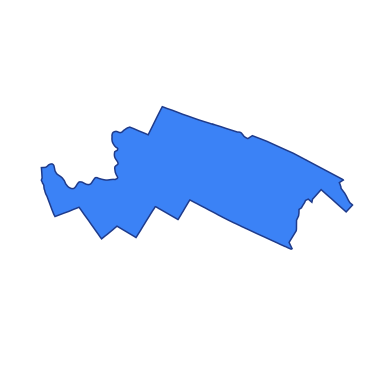 the district of Giuvarasti, Olt, Romania, rotated 41°
{"feature_id": "2599482B24226861193940", "entity_name": "Giuvarasti", "entity_type": "district", "adm_level": 2, "iso_a3": "ROU", "parent_name": "Romania", "parent_adm1": "Olt", "projection": "albers", "projection_center": [24.689, 43.784], "detail": "fine", "context": "isolated", "style": "filled", "palette": "blue", "viewbox_px": 384, "rotation_deg": 41, "n_neighbors": 0, "source": "geoboundaries", "source_scale": "gbopen_adm2", "svg_char_len": 4849}
<svg xmlns="http://www.w3.org/2000/svg" viewBox="0 0 384 384"><g transform="rotate(41 192 192)"><path d="M304.3,170.1L304.7,169.1L298.4,166.4L298.3,166.2L296.1,152.9L295.2,151.5L289.4,144.7L289.3,144.3L288.1,140.1L286.6,137.8L284.2,134.9L285.0,132.1L284.8,131.5L284.5,129.8L284.3,128.8L284.3,128.6L283.9,126.0L283.2,123.9L284.4,121.1L289.2,121.1L289.1,120.9L287.7,118.4L287.8,113.9L287.9,105.5L294.7,105.6L302.3,105.6L305.9,105.7L313.0,105.8L321.4,105.9L321.6,99.8L321.7,96.5L321.0,96.4L320.0,96.5L319.3,96.5L319.0,96.5L318.1,96.5L317.5,96.3L316.3,95.9L314.8,95.4L313.2,94.7L311.3,93.9L310.8,93.7L307.9,92.7L306.5,92.4L306.4,92.4L305.8,92.3L305.2,92.1L302.2,91.5L301.4,90.8L301.1,90.6L300.8,90.3L300.2,90.0L299.7,89.7L298.7,89.1L297.5,88.5L297.1,88.4L297.3,87.1L297.4,86.9L298.2,84.1L298.4,83.7L298.2,83.6L297.5,83.7L297.3,83.7L243.0,96.3L234.2,99.0L217.7,103.9L215.3,104.6L209.4,106.7L200.6,109.9L200.0,112.0L199.7,112.9L199.4,114.2L199.3,114.6L199.1,114.9L198.8,115.2L198.3,115.3L197.2,115.6L195.9,115.8L195.0,115.9L194.2,115.8L193.5,115.6L190.6,115.1L189.7,115.2L189.1,115.4L188.2,115.9L187.4,116.6L186.9,117.0L186.6,117.1L181.5,119.3L176.2,121.6L170.8,123.8L165.4,126.2L163.3,127.0L163.5,127.2L160.4,128.5L155.2,130.8L149.9,133.1L144.6,135.2L139.2,137.3L134.1,139.4L128.8,141.3L123.8,143.1L118.5,145.3L115.4,146.4L113.6,147.1L113.9,148.3L114.2,149.7L114.7,151.7L116.3,158.1L117.8,163.8L119.3,169.5L121.4,177.6L118.7,178.4L111.7,180.8L106.2,182.5L103.2,183.6L102.5,183.8L101.2,186.0L100.7,187.6L100.3,189.3L100.1,189.9L100.0,190.5L99.9,192.2L99.6,193.3L98.9,194.3L97.8,194.9L96.2,195.4L95.3,195.8L94.3,196.7L93.7,197.8L93.4,198.6L93.4,199.7L93.7,200.4L94.3,201.6L95.6,203.0L96.7,204.4L97.6,205.3L98.4,206.0L99.7,206.8L101.9,207.6L103.6,208.0L105.3,208.1L106.7,207.8L107.4,207.9L107.9,208.6L108.2,209.3L108.2,209.8L107.7,210.9L107.4,211.8L107.3,212.4L108.1,213.7L109.1,215.0L110.5,216.2L112.1,217.0L115.1,217.8L116.4,218.2L117.4,218.9L117.8,219.6L117.6,221.0L117.3,222.3L117.3,223.5L118.0,224.7L119.7,226.2L121.1,227.4L123.6,228.7L125.4,229.3L126.5,229.9L126.7,230.7L126.5,231.4L126.0,232.4L125.9,232.9L124.2,234.2L122.3,236.2L121.3,237.4L120.1,238.7L119.0,239.6L117.7,240.4L115.5,241.6L112.7,242.9L110.8,243.5L109.9,244.3L109.6,244.9L109.6,246.0L109.9,248.9L110.2,250.9L110.2,252.4L109.8,253.3L109.2,254.2L107.9,255.1L106.9,255.6L104.9,256.1L102.7,256.6L101.8,257.1L100.7,257.9L100.2,258.6L100.1,259.4L100.2,261.2L100.7,264.2L100.7,265.9L100.4,266.9L99.9,267.6L98.8,268.4L98.0,268.8L97.0,269.0L96.0,269.3L94.4,269.3L91.3,268.7L88.2,267.2L84.9,266.5L82.9,266.5L81.4,266.7L80.0,266.9L78.1,267.0L76.9,266.7L74.7,265.9L72.8,264.4L70.6,262.8L69.5,262.4L68.2,262.5L67.5,263.0L66.7,264.0L66.0,265.7L65.9,267.5L65.4,269.3L64.5,270.3L62.3,272.4L66.2,276.2L69.8,279.9L70.1,281.0L70.6,282.0L72.7,282.9L73.4,283.4L74.1,283.5L75.8,284.2L76.1,284.5L77.1,285.5L78.1,286.4L78.8,286.9L80.0,287.5L80.7,288.1L82.9,289.4L85.4,290.4L91.3,293.6L97.3,296.9L102.1,299.4L103.4,299.9L104.7,300.4L109.2,292.0L111.8,287.4L113.9,283.0L116.2,278.7L116.7,277.7L116.8,277.6L121.4,278.7L125.3,279.7L129.3,280.6L133.2,281.5L137.0,282.5L140.8,283.4L144.8,284.4L148.7,285.3L152.6,286.3L154.5,286.7L154.9,284.4L155.3,282.0L155.8,279.6L156.2,277.2L156.6,274.8L157.0,272.4L157.3,270.1L157.7,267.8L157.8,267.0L178.2,263.3L178.6,263.3L179.3,263.1L179.6,263.1L179.5,262.1L178.9,258.5L178.4,255.0L178.3,254.4L178.2,253.9L178.1,253.7L178.0,252.8L177.6,250.6L177.3,248.8L177.2,248.3L177.2,248.2L177.1,247.4L176.9,246.3L176.5,244.0L176.1,241.5L176.0,240.8L176.0,240.6L175.9,240.3L175.5,237.5L175.4,237.4L175.4,237.2L175.0,234.7L175.0,234.4L174.9,234.3L174.9,234.2L174.8,233.2L174.6,232.4L174.6,232.1L174.3,229.5L173.9,227.2L174.3,226.9L174.9,226.8L175.2,226.7L175.6,226.6L178.2,226.2L178.4,226.1L182.4,225.3L193.2,223.2L197.7,222.3L199.5,222.0L199.6,221.9L199.5,221.4L199.1,219.3L198.8,217.4L198.2,214.3L198.0,213.0L197.9,212.2L197.6,210.9L196.8,206.5L195.9,201.5L195.6,199.5L195.6,199.4L196.9,199.1L199.4,198.5L201.6,198.0L203.4,197.5L203.5,197.5L206.2,196.9L207.5,196.6L210.3,195.9L210.5,195.9L211.4,195.6L214.6,194.9L216.5,194.5L221.3,193.3L224.8,192.5L225.9,192.3L227.7,191.9L230.4,191.2L230.7,191.2L231.2,191.0L231.4,191.0L231.5,191.0L232.2,190.8L236.6,189.7L238.2,189.3L241.2,188.5L242.7,188.1L243.1,188.0L243.5,187.9L244.4,187.6L246.4,187.0L246.5,187.0L246.7,186.9L248.3,186.5L248.4,186.4L249.4,186.2L250.6,185.8L250.8,185.8L252.8,185.3L253.1,185.2L254.3,184.8L256.2,184.3L256.3,184.3L257.3,183.9L258.2,183.7L258.7,183.5L258.9,183.5L259.5,183.3L262.0,182.6L265.2,181.7L267.7,181.0L273.4,179.3L276.0,178.5L285.0,175.9L286.9,175.3L288.2,175.0L288.3,174.9L291.1,174.1L292.0,173.9L294.7,173.1L295.3,172.9L295.9,172.7L296.2,172.6L296.7,172.5L297.5,172.3L297.7,172.2L297.9,172.1L298.0,172.0L298.9,171.7L300.9,171.2L304.3,170.1Z" fill="#3b82f6" stroke="#1e3a8a" stroke-width="1.5"/></g></svg>